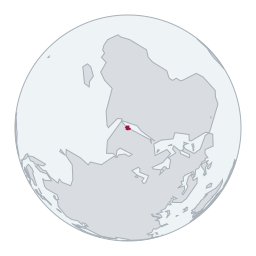 the Earth from above Jizan, rotated 150°
{"feature_id": "SAU-887", "entity_name": "Jizan", "entity_type": "Region", "adm_level": 1, "iso_a3": "SAU", "parent_name": "Saudi Arabia", "parent_adm1": "", "projection": "orthographic", "projection_center": [42.341, 17.347], "detail": "fine", "context": "on_globe", "style": "filled", "palette": "rose", "viewbox_px": 256, "rotation_deg": 150, "n_neighbors": 0, "source": "natural_earth", "source_scale": "10m", "svg_char_len": 10471}
<svg xmlns="http://www.w3.org/2000/svg" viewBox="0 0 256 256"><g transform="rotate(150 128 128)"><circle cx="128" cy="128" r="113" fill="#eef3f6" stroke="#a8b0b8"/><path d="M102.0,18.4L101.6,18.5L99.3,19.1L102.0,18.4ZM99.2,19.1L100.3,18.9L102.7,18.3L104.1,18.1L103.6,18.3L100.5,19.0L100.2,19.0L99.1,19.3L97.7,19.6L98.1,19.6L94.4,20.6L97.4,20.0L93.9,21.1L91.6,21.7L92.7,21.1L91.9,21.3L99.2,19.1ZM77.0,27.6L77.9,27.1L78.9,26.7L82.9,24.9L81.2,25.8L77.4,27.8L74.0,29.5L72.2,30.6L74.7,29.7L67.5,34.0L61.3,39.0L59.6,40.2L57.6,40.7L59.8,38.5L58.6,39.3L67.5,33.0L77.0,27.6ZM57.5,40.2L57.8,40.0L53.4,43.6L52.3,44.7L51.9,45.2L53.1,44.3L51.4,45.8L50.3,46.5L51.9,45.0L52.1,44.8L52.7,44.3L57.5,40.2ZM15.4,131.1L16.5,137.9L18.5,145.4L19.4,152.0L19.6,157.4L23.7,170.5L20.9,162.9L18.7,155.1L17.0,147.2L15.9,139.2L15.4,131.1ZM83.5,24.5L83.2,24.7L82.6,24.9L83.5,24.5ZM85.6,23.7L85.1,23.8L86.0,23.5L86.3,23.4L85.6,23.7ZM89.6,22.1L91.6,21.4L85.9,23.6L87.7,22.8L87.8,22.8L89.6,22.1ZM157.5,19.3L155.2,18.7L157.5,19.3ZM103.7,18.1L101.1,18.7L103.7,18.0L103.7,18.1ZM116.7,15.9L115.6,16.1L112.6,16.5L110.6,16.7L111.7,16.7L105.0,17.8L106.9,17.4L116.7,15.9ZM152.2,18.1L151.9,18.1L151.2,17.9L152.2,18.1ZM104.8,18.0L105.7,17.7L108.8,17.2L107.6,17.6L107.0,17.6L104.8,18.0ZM120.8,15.6L120.5,15.6L121.3,15.6L115.9,16.1L117.7,15.8L120.8,15.6ZM106.0,17.8L106.9,17.9L105.0,18.4L104.1,18.2L106.0,17.8ZM110.2,16.9L111.6,16.7L110.4,16.9L110.2,16.9ZM98.8,20.5L99.8,20.0L101.5,19.6L98.8,20.5ZM107.4,17.9L108.1,17.7L108.8,17.6L109.0,17.7L107.4,17.9ZM116.0,16.2L115.4,16.3L118.2,16.0L114.5,16.5L115.9,16.5L113.1,16.8L116.0,16.2ZM111.6,17.5L107.0,18.3L104.8,19.2L103.2,19.5L107.1,18.0L111.6,17.5ZM112.7,17.0L111.7,17.4L110.2,17.5L110.0,17.3L112.7,17.0ZM119.2,16.3L120.4,15.9L121.1,15.8L119.2,16.3ZM111.2,17.7L112.4,17.6L111.3,17.8L111.2,17.7ZM117.1,16.7L117.4,16.5L118.2,16.4L117.1,16.7ZM114.3,17.5L112.8,17.7L112.7,17.5L114.3,17.5ZM115.8,17.1L116.9,17.1L113.5,17.3L115.8,17.0L115.8,17.1ZM117.8,16.7L118.4,16.6L117.6,16.7L117.8,16.7ZM115.8,18.1L111.6,18.5L111.2,18.1L115.4,17.7L115.8,18.1ZM175.6,25.9L176.4,26.3L179.5,27.8L190.2,34.1L184.6,30.7L172.0,24.4L177.0,26.7L175.5,26.1L177.1,26.9L180.6,28.8L181.3,29.1L185.1,32.8L193.0,39.3L193.3,38.2L196.1,39.8L205.4,47.9L214.3,61.4L218.1,65.0L220.0,67.8L220.5,70.1L217.7,66.0L215.8,65.2L214.2,62.7L214.0,65.6L211.6,62.2L212.6,66.5L215.0,68.8L216.1,67.2L217.9,72.8L222.3,76.7L225.5,82.6L227.6,95.1L225.5,100.3L226.0,102.4L223.7,100.8L222.9,105.7L228.8,115.8L229.4,119.2L227.1,127.1L226.6,124.6L220.7,120.5L221.1,128.8L225.7,134.0L227.3,141.4L224.5,140.1L222.7,133.7L220.5,132.0L220.0,124.9L216.1,115.2L213.1,118.2L212.3,114.0L206.5,106.7L201.6,110.8L194.7,124.0L195.5,134.9L192.3,140.3L184.1,126.0L180.9,115.9L177.6,117.4L169.4,109.5L154.4,110.5L152.5,107.9L149.6,109.4L143.9,107.1L141.2,102.8L137.6,103.2L144.9,114.5L148.8,114.1L152.4,109.4L153.7,113.5L159.3,116.8L152.1,127.4L130.2,137.2L128.6,129.1L114.7,106.8L115.4,104.3L115.3,104.0L115.2,103.5L113.4,107.5L111.2,103.2L118.0,118.7L119.0,125.4L129.9,137.7L128.7,139.0L132.4,141.5L144.8,138.1L144.8,140.8L138.6,153.4L121.9,170.2L124.4,181.1L123.7,190.1L114.1,195.7L115.7,202.4L110.8,204.5L111.0,208.1L107.5,211.7L101.4,214.7L90.1,213.7L88.8,210.5L82.3,203.6L72.9,186.5L75.1,179.2L73.8,173.0L65.8,158.1L67.5,150.5L65.5,146.9L61.3,147.0L59.0,142.6L56.6,142.0L41.6,141.2L37.5,134.7L33.7,116.9L36.7,111.3L38.1,103.8L59.8,83.3L63.4,85.6L79.5,85.2L81.3,86.4L78.4,91.9L89.6,100.5L94.4,96.1L105.5,100.9L113.6,101.2L118.3,90.6L105.1,89.9L103.8,84.6L115.2,80.7L126.8,81.8L126.7,79.9L120.2,75.2L123.7,71.8L118.0,73.3L119.7,75.4L116.2,76.6L114.4,74.8L115.7,73.6L112.4,72.5L107.0,79.2L108.1,82.0L99.0,82.6L100.0,87.6L97.2,89.6L94.5,82.1L95.4,79.6L89.6,71.5L87.9,74.1L93.2,82.1L91.1,81.3L88.7,85.6L89.0,81.7L83.6,72.9L76.0,73.6L64.7,83.0L60.5,83.2L57.7,80.3L63.3,69.8L72.0,70.7L74.1,67.5L73.7,62.4L76.3,63.3L77.2,61.4L80.6,61.7L86.7,58.0L90.3,58.0L94.0,52.9L96.3,52.3L93.5,55.4L93.5,57.9L102.7,58.6L104.9,57.6L106.5,54.3L108.8,55.2L109.2,51.9L115.1,51.2L108.2,49.6L110.0,46.2L114.2,44.0L113.5,42.7L106.6,46.4L105.0,48.2L105.5,50.2L100.0,55.5L96.6,56.2L97.7,49.9L92.9,50.3L95.9,45.6L112.7,37.7L119.1,36.7L127.0,41.6L124.8,43.4L120.9,42.5L123.4,46.2L123.7,44.5L125.7,45.4L127.8,42.8L129.3,43.3L128.8,40.2L130.8,40.6L131.1,42.5L136.0,39.6L140.6,40.0L141.0,39.1L140.1,38.1L146.5,39.5L146.5,38.8L144.4,38.0L143.1,36.3L143.2,33.8L145.4,34.5L145.7,35.4L149.6,38.6L149.9,41.3L150.8,41.4L151.0,39.2L146.3,35.3L145.8,33.7L148.4,35.2L147.4,34.5L147.8,33.9L150.3,34.0L147.6,32.3L149.2,26.3L154.2,26.3L156.3,28.1L159.7,25.8L165.1,26.7L163.1,25.9L163.5,24.6L161.8,24.3L160.9,23.9L161.0,21.5L162.7,21.7L160.6,20.4L159.6,20.1L158.2,19.8L155.2,18.7L157.5,19.3L166.7,22.2L175.6,25.9ZM51.3,94.6L50.5,96.8L51.3,94.6ZM138.7,88.8L146.0,89.2L143.6,82.6L146.3,82.3L144.5,80.3L143.4,82.1L139.2,76.7L142.7,74.9L142.3,72.1L139.8,71.9L134.1,76.3L140.0,83.9L138.0,86.6L138.7,88.8ZM53.5,43.6L52.8,44.3L52.5,44.6L53.5,43.6ZM53.8,45.1L51.0,47.6L52.8,45.8L51.7,46.4L54.1,43.6L58.8,40.7L56.2,42.4L53.8,45.1ZM58.5,39.5L56.5,41.4L58.5,39.5L58.5,39.5ZM78.7,52.1L79.5,53.4L77.5,55.3L72.9,56.2L75.7,53.3L78.7,52.1ZM80.9,54.9L83.3,48.9L86.3,48.5L84.2,49.7L85.9,50.0L83.1,52.1L83.6,57.9L81.9,60.0L74.3,59.8L77.7,58.6L76.8,57.2L80.9,54.9ZM84.2,37.4L85.3,35.6L90.3,36.8L88.7,38.4L84.0,39.0L83.1,37.6L84.2,37.4ZM89.7,22.7L89.8,22.6L90.7,22.3L91.3,22.2L89.7,22.7ZM99.1,20.3L90.2,23.6L89.9,23.4L85.1,25.9L82.3,26.6L85.5,24.9L79.8,27.5L81.5,26.2L77.7,28.1L85.1,24.3L86.5,23.5L86.1,24.0L88.6,23.3L90.1,22.8L95.3,20.9L99.5,19.3L102.7,18.7L103.8,18.7L103.3,19.0L101.4,19.2L102.1,19.4L98.9,20.1L99.1,20.3ZM115.3,23.3L113.3,22.7L114.1,24.7L111.0,24.7L111.3,24.9L108.6,25.6L105.9,26.9L104.6,26.8L104.1,27.4L102.3,28.0L101.2,28.8L98.5,29.0L96.9,30.0L96.5,29.5L94.5,31.4L94.8,30.1L92.5,30.9L93.4,31.8L81.7,32.1L76.5,33.8L72.0,36.0L73.2,33.9L78.1,30.6L84.6,27.5L89.4,26.4L89.0,25.8L91.2,25.2L90.6,25.9L92.9,24.4L94.5,24.2L100.3,22.3L102.6,20.8L104.8,20.2L104.7,20.7L107.0,19.8L108.3,20.4L109.9,20.1L112.8,20.5L111.7,21.9L113.5,21.4L115.8,22.0L115.3,23.3ZM116.6,18.3L116.0,19.5L114.0,20.3L109.8,19.3L108.2,19.5L105.4,19.2L108.4,18.2L108.9,18.4L110.1,18.3L108.7,18.6L110.7,18.3L111.5,18.6L113.2,18.4L112.6,18.8L116.6,18.3ZM84.0,84.6L85.5,85.0L88.1,85.0L86.6,87.8L84.0,84.6ZM80.2,78.5L81.7,78.3L80.9,82.0L79.3,81.7L80.2,78.5ZM83.2,75.3L81.8,78.0L81.6,76.4L83.2,75.3ZM95.0,55.2L96.6,55.0L96.5,55.8L95.3,56.9L95.0,55.2ZM117.0,30.3L116.2,29.5L116.9,29.3L117.3,27.4L119.7,27.3L120.3,28.5L117.0,30.3ZM115.6,92.3L112.9,94.3L111.9,93.2L113.0,92.8L115.6,92.3ZM98.8,91.1L102.3,92.7L98.3,91.9L98.8,91.1ZM119.7,29.9L119.6,29.1L120.8,29.6L119.7,29.9ZM121.4,27.3L123.0,27.7L120.0,27.1L121.4,27.3ZM161.3,228.5L162.1,229.2L160.3,229.5L161.3,228.5ZM143.4,188.3L136.5,203.7L131.0,203.8L129.7,199.5L132.0,190.3L138.2,187.4L141.1,183.0L143.4,188.3ZM236.1,153.5L236.7,153.2L236.6,153.8L236.1,153.5ZM235.5,152.6L236.4,151.9L235.1,153.8L235.5,152.6ZM236.7,151.6L237.6,149.8L238.0,148.6L237.8,149.7L236.7,151.6ZM234.8,153.2L229.9,156.1L227.7,156.0L228.5,153.8L232.1,152.4L234.8,153.2ZM228.3,153.9L224.5,150.5L217.5,137.9L220.0,137.3L227.0,143.8L226.6,145.6L228.9,148.6L228.3,153.9ZM236.4,139.9L235.9,144.9L233.5,146.1L232.2,146.1L231.4,140.6L231.9,137.2L233.0,136.7L235.9,123.8L237.2,125.5L236.6,130.6L237.6,134.1L236.4,139.9ZM196.0,135.8L198.9,141.7L197.0,143.1L196.0,135.8ZM236.0,115.5L235.6,121.0L235.7,114.1L236.0,115.5ZM235.5,109.4L236.0,111.6L235.1,109.8L235.5,109.4ZM226.9,105.5L225.8,106.7L225.3,105.1L226.4,102.7L226.9,105.5ZM228.0,87.8L229.9,92.3L230.3,94.0L228.9,91.6L228.0,87.8ZM139.7,30.8L136.5,33.2L135.7,35.4L137.7,37.2L133.5,36.0L134.7,32.5L139.7,30.8ZM147.8,26.7L146.0,25.5L147.6,25.5L148.3,25.8L147.8,26.7ZM146.1,26.3L142.2,25.7L141.8,24.8L144.9,25.4L146.1,26.3ZM130.9,27.3L129.8,27.9L128.8,27.4L130.9,27.3ZM218.4,195.1L217.3,196.6L216.9,196.7L219.4,193.4L223.6,185.1L224.0,185.0L226.6,179.0L231.9,170.5L236.4,158.2L236.6,157.8L234.1,165.7L231.0,173.5L227.4,181.0L223.2,188.2L218.4,195.1ZM237.5,152.2L238.7,147.5L239.0,146.6L237.5,152.2ZM240.6,131.1L240.6,130.8L240.6,129.8L240.6,131.1ZM240.0,137.0L239.9,138.3L239.8,137.7L240.0,137.0ZM240.2,135.8L240.3,136.1L240.1,137.0L240.2,135.8ZM238.1,134.6L238.4,137.3L239.2,134.4L238.6,137.9L238.8,142.1L238.5,144.2L238.3,139.5L237.7,145.3L237.3,145.6L237.4,141.1L238.0,135.0L238.4,132.2L239.7,129.5L238.1,134.6ZM240.3,132.2L240.2,129.0L240.2,126.5L240.4,128.0L240.3,132.2ZM239.3,121.6L238.3,118.4L237.9,120.6L238.2,113.8L239.2,117.9L239.3,121.6ZM237.7,113.6L237.4,115.6L237.3,111.8L237.7,113.6ZM237.0,114.4L236.4,111.8L236.9,111.7L237.0,114.4ZM237.9,113.4L237.1,108.7L237.8,111.2L237.9,113.4ZM234.8,106.0L236.8,109.4L235.1,108.9L232.6,100.3L233.2,99.5L234.8,106.0ZM222.8,69.6L221.3,67.5L221.1,66.5L222.2,68.2L222.8,69.6ZM219.2,62.3L220.6,65.6L221.5,68.7L222.3,69.4L224.5,73.4L222.0,70.4L219.8,65.5L219.5,63.9L217.3,60.8L215.8,58.2L212.8,54.7L211.5,53.0L214.1,55.8L219.2,62.3ZM211.5,53.3L205.8,47.3L206.4,47.4L207.9,48.7L210.2,51.4L209.7,51.1L211.5,53.3ZM204.6,46.0L204.0,45.8L194.4,38.5L192.6,37.1L200.2,42.2L200.1,42.4L202.4,44.3L204.6,46.0ZM153.2,18.4L152.1,18.2L152.9,18.3L153.2,18.4ZM160.0,23.7L158.9,23.1L159.9,23.2L160.0,23.7ZM156.4,21.7L156.0,22.0L155.5,21.4L156.4,21.7ZM155.2,23.0L155.4,22.0L156.6,23.3L155.2,23.0Z" fill="#d9dde1" stroke="#a8b0b8" stroke-width="1"/><path d="M129.6,129.3L129.4,129.3L129.3,129.6L129.2,129.7L129.1,129.8L128.9,129.9L128.8,129.7L128.7,129.6L128.7,129.4L128.7,129.2L128.4,129.0L128.4,128.9L128.4,128.7L128.2,128.6L128.1,128.4L128.0,128.5L128.0,128.4L128.0,128.1L127.9,128.0L128.0,127.9L127.9,127.8L127.8,127.7L127.6,127.6L127.6,127.4L127.4,127.4L127.2,127.2L126.9,127.0L126.9,126.9L126.7,126.8L126.7,126.7L126.8,126.7L126.7,126.7L126.6,126.4L126.8,126.2L127.1,126.1L127.2,126.4L127.2,126.5L127.3,126.6L127.5,126.6L127.6,126.8L127.8,126.9L128.0,126.9L128.2,127.0L128.3,127.2L128.5,127.3L128.7,127.0L128.8,126.9L129.0,126.7L129.1,126.8L129.2,127.0L129.3,127.1L129.4,127.3L129.5,127.3L129.7,127.5L129.9,127.7L129.8,127.8L129.6,127.9L129.6,128.0L129.5,128.3L129.5,128.5L129.5,128.8L129.4,128.8L129.5,128.9L129.5,129.0L129.6,129.3L129.6,129.3ZM127.7,129.3L127.7,129.5L127.6,129.4L127.4,129.3L127.2,129.3L127.2,129.2L126.9,129.0L126.9,128.9L127.0,128.9L127.0,129.0L127.3,129.2L127.5,129.2L127.4,129.2L127.5,129.0L127.7,129.3ZM127.2,129.1L127.1,128.9L127.2,128.7L127.3,128.8L127.2,128.9L127.3,128.9L127.3,129.0L127.2,129.0L127.3,129.0L127.2,129.1L127.2,129.1Z" fill="#f43f5e" stroke="#9f1239" stroke-width="1.5"/></g></svg>